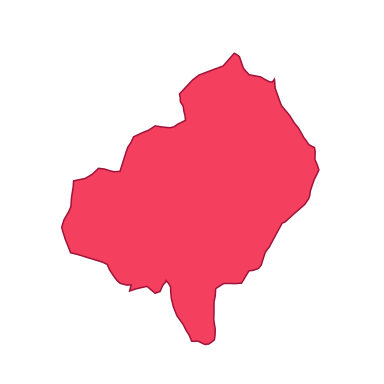 outline of Tooz Khurmato, Sala ad-Din, Iraq, rotated 194°
{"feature_id": "34846034B84892780097972", "entity_name": "Tooz Khurmato", "entity_type": "district", "adm_level": 2, "iso_a3": "IRQ", "parent_name": "Iraq", "parent_adm1": "Sala ad-Din", "projection": "equal_earth", "projection_center": [44.642, 34.819], "detail": "fine", "context": "isolated", "style": "filled", "palette": "rose", "viewbox_px": 384, "rotation_deg": 194, "n_neighbors": 0, "source": "geoboundaries", "source_scale": "gbopen_adm2", "svg_char_len": 1918}
<svg xmlns="http://www.w3.org/2000/svg" viewBox="0 0 384 384"><g transform="rotate(194 192 192)"><path d="M139.3,321.3L139.7,320.3L140.8,318.1L143.5,317.7L148.2,318.8L153.5,320.3L165.0,319.6L171.9,324.3L178.8,334.9L182.7,336.4L184.6,336.8L192.3,321.8L203.6,314.1L213.6,307.1L218.5,300.9L224.8,289.6L227.9,284.1L226.0,280.1L225.7,278.3L224.8,276.4L221.3,273.1L219.6,268.8L217.1,264.0L215.7,260.0L222.1,254.5L225.4,250.8L229.0,249.0L236.4,247.9L243.8,247.2L248.8,241.7L254.3,237.7L262.0,231.5L263.4,224.5L263.8,223.5L265.0,220.5L265.6,215.4L266.1,206.6L266.9,194.6L272.7,192.8L276.6,192.8L282.4,193.1L288.4,192.4L293.1,185.1L298.9,179.3L304.4,176.7L309.6,174.2L308.5,168.0L307.6,157.7L306.0,148.6L306.8,143.5L309.5,134.0L309.8,128.2L309.8,126.0L308.0,122.7L307.3,121.6L303.5,115.4L297.4,107.0L295.2,103.7L288.0,103.7L275.7,103.0L261.9,102.3L256.7,101.2L253.4,96.8L248.4,92.1L243.5,88.1L240.2,86.2L238.5,85.9L235.8,85.9L232.5,85.9L228.6,87.3L228.6,80.8L222.3,84.8L214.3,88.8L212.7,89.5L203.3,84.8L198.9,87.7L197.8,94.3L195.6,98.6L195.6,99.7L192.6,97.6L189.8,94.6L188.7,90.6L186.5,84.1L182.7,76.8L180.2,73.1L176.4,68.0L168.7,61.5L164.3,56.4L160.4,52.7L158.2,49.8L156.3,47.2L153.7,47.6L150.5,48.7L147.8,48.3L145.1,47.6L141.9,47.2L141.1,47.9L139.3,48.3L136.9,50.8L134.5,54.0L135.0,58.6L136.3,64.6L140.0,73.4L140.8,77.3L144.0,90.7L144.3,96.8L145.6,103.8L144.8,104.9L139.0,110.9L133.6,112.3L128.5,113.4L121.9,115.5L117.6,129.3L113.8,130.7L109.0,133.9L107.2,137.8L106.4,150.2L105.5,153.4L103.7,157.3L101.5,166.1L98.0,179.6L97.0,183.5L94.3,185.6L89.0,193.7L86.5,197.3L79.6,207.2L77.2,213.6L76.9,216.8L77.4,221.8L76.9,228.5L76.3,234.2L75.0,239.8L74.2,244.1L76.9,248.4L80.6,253.3L82.3,261.1L83.9,264.8L88.2,265.7L90.4,266.5L94.3,270.0L96.5,271.7L100.4,275.8L104.1,279.8L109.3,283.6L115.8,289.9L125.6,297.1L127.5,299.4L136.5,313.0L138.0,317.7L138.6,319.5L139.3,321.3Z" fill="#f43f5e" stroke="#9f1239" stroke-width="1.5"/></g></svg>